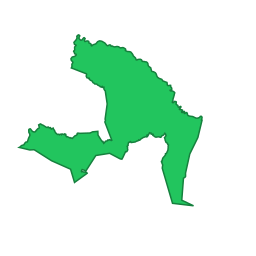 outline of Santa Rosa de Copan, Copán, Honduras, rotated 204°
{"feature_id": "27666195B67086372267843", "entity_name": "Santa Rosa de Copan", "entity_type": "district", "adm_level": 2, "iso_a3": "HND", "parent_name": "Honduras", "parent_adm1": "Copán", "projection": "robinson", "projection_center": [-88.756, 14.808], "detail": "fine", "context": "isolated", "style": "filled", "palette": "green", "viewbox_px": 256, "rotation_deg": 204, "n_neighbors": 0, "source": "geoboundaries", "source_scale": "gbopen_adm2", "svg_char_len": 5919}
<svg xmlns="http://www.w3.org/2000/svg" viewBox="0 0 256 256"><g transform="rotate(204 128 128)"><path d="M146.9,70.0L147.5,70.5L147.9,70.5L149.6,70.1L150.3,69.8L151.8,69.6L152.4,69.4L152.6,69.2L153.0,69.6L153.0,71.4L152.6,71.5L149.0,71.7L146.2,89.8L134.5,97.4L122.4,96.6L121.7,96.9L120.9,97.0L120.7,99.0L120.6,105.4L120.0,105.5L119.6,105.8L119.4,106.5L119.3,107.3L119.5,108.3L120.3,109.3L120.6,110.3L121.4,111.0L120.8,112.1L121.3,113.0L121.3,113.8L121.6,114.6L121.6,115.0L120.8,115.7L120.6,116.3L120.4,116.6L120.0,116.6L119.6,116.1L119.2,116.0L115.7,118.2L114.6,119.7L113.7,120.2L113.4,121.5L112.7,121.4L112.2,121.8L111.9,122.9L110.3,125.4L108.4,127.2L107.2,127.5L107.2,127.9L107.7,128.8L107.8,129.2L107.7,129.4L106.7,128.8L106.4,131.3L106.5,131.9L106.4,132.4L105.6,132.4L104.9,132.7L104.3,131.8L103.1,132.4L102.5,132.5L102.3,132.3L102.4,131.6L102.3,131.4L100.9,131.2L99.7,130.9L98.7,131.0L96.7,132.3L95.8,132.6L94.8,132.6L94.2,132.9L93.9,134.6L92.6,136.1L92.2,138.2L91.3,137.8L90.3,136.7L90.2,136.1L90.3,135.4L90.8,134.0L89.8,133.1L89.2,132.1L87.5,130.4L85.9,130.1L85.5,129.8L85.2,129.3L84.1,128.9L84.0,127.8L83.5,126.9L82.6,124.2L82.5,123.5L82.6,122.7L82.5,120.8L82.6,120.5L83.3,119.8L83.3,119.6L83.3,119.4L82.8,118.9L82.8,118.5L83.4,116.5L83.9,115.0L83.9,113.5L83.5,112.1L83.9,111.3L83.8,110.8L83.6,110.6L83.3,110.7L83.1,110.6L83.0,110.2L82.6,109.6L81.2,108.3L80.9,106.9L80.5,105.9L80.5,105.4L56.7,77.3L36.5,83.6L49.5,83.9L56.9,104.7L55.9,106.2L55.7,107.0L55.8,107.4L57.1,110.2L61.0,129.4L60.3,147.7L63.5,165.1L63.9,164.9L64.2,165.1L64.5,167.5L65.3,168.4L65.8,168.5L66.2,168.4L66.7,167.9L66.9,166.8L67.6,166.0L68.6,165.2L69.9,164.7L73.5,164.8L76.6,163.9L78.1,163.8L78.8,164.1L79.8,165.5L80.6,166.0L81.1,165.7L82.1,164.3L82.5,164.2L82.7,164.6L82.9,165.8L83.3,166.0L83.8,165.6L84.1,164.8L84.5,164.3L84.8,164.1L85.2,164.1L85.6,164.4L85.7,164.6L85.6,165.2L85.2,165.9L85.3,166.3L85.5,166.5L86.4,166.5L88.0,165.9L88.5,165.9L88.8,166.1L88.8,166.5L88.4,167.2L88.2,167.9L88.2,168.8L88.5,169.1L88.8,169.1L89.1,168.8L89.8,167.7L90.2,167.6L90.7,167.6L91.7,168.9L93.2,169.1L93.8,169.4L94.4,171.3L94.6,171.5L95.0,171.6L96.2,171.3L96.9,169.6L97.4,169.3L97.9,169.4L98.1,170.0L98.1,171.2L98.7,172.8L98.8,174.1L99.2,176.8L99.4,177.6L99.6,179.2L100.6,179.7L102.2,179.9L102.9,179.8L104.0,179.3L104.7,179.3L104.9,179.6L104.6,179.9L104.0,180.3L103.8,180.6L103.7,180.9L103.8,181.4L104.5,182.4L105.7,183.0L106.4,184.3L106.8,184.2L108.3,183.2L109.0,183.0L109.6,183.3L110.7,185.2L111.0,185.5L112.4,185.3L113.9,185.3L115.1,185.1L117.0,186.2L119.9,186.0L121.4,186.3L122.5,186.9L124.2,188.8L125.5,189.6L127.6,189.8L129.0,189.4L129.6,189.6L131.8,192.3L133.7,192.6L134.6,193.0L135.3,193.7L135.8,194.6L136.1,195.0L136.8,195.5L137.7,195.8L138.3,195.8L139.0,195.5L140.3,195.3L141.9,194.7L142.3,194.8L142.8,195.3L143.5,195.8L144.7,195.8L145.2,195.6L146.8,194.7L147.5,193.8L148.2,193.6L149.6,195.0L152.6,196.1L153.2,196.8L154.2,197.5L156.2,198.5L157.0,198.5L158.0,198.3L159.8,197.6L161.9,197.7L162.1,198.9L162.3,199.1L162.9,199.3L164.6,199.5L165.4,199.4L167.5,198.1L168.3,198.1L169.5,198.4L170.6,198.2L171.4,197.9L173.2,196.6L174.8,196.4L175.7,196.5L176.6,195.9L177.6,196.6L178.2,196.6L178.8,196.3L179.9,195.0L180.3,194.8L181.2,195.0L183.6,196.2L186.8,196.6L187.7,196.5L189.3,196.1L190.3,195.2L190.9,194.4L191.3,192.8L191.7,191.7L193.8,189.8L194.1,189.3L194.3,188.5L194.8,188.2L195.1,188.3L195.2,188.9L195.9,189.6L197.2,189.9L197.9,189.8L198.4,189.9L198.9,190.9L199.3,191.2L200.6,191.0L201.5,190.4L202.4,189.5L202.6,189.5L203.5,190.3L203.6,192.3L204.7,192.7L204.9,192.6L205.2,192.3L205.9,189.7L206.7,189.0L207.2,189.0L209.1,189.8L209.4,190.1L209.5,190.7L209.5,192.3L209.6,192.7L210.4,193.0L211.2,192.9L211.8,191.9L212.0,191.2L212.0,190.8L211.3,189.7L211.1,189.0L211.4,186.8L212.0,185.2L212.2,184.2L210.9,182.6L209.5,182.7L209.1,182.4L209.1,182.1L209.7,180.3L209.5,179.7L208.5,177.8L208.5,177.2L208.9,176.2L208.8,175.8L207.9,175.3L206.9,174.1L205.4,174.2L205.1,173.8L205.1,173.1L205.9,171.7L207.8,170.2L208.3,168.2L208.0,167.6L207.4,166.8L206.6,166.4L205.7,166.1L205.1,165.6L205.0,164.8L205.2,163.6L205.0,162.9L204.4,161.9L204.2,161.2L204.2,159.8L188.0,160.6L187.6,160.1L187.3,158.4L186.0,157.2L184.8,157.4L184.4,157.3L183.9,157.7L183.6,157.7L183.4,157.5L183.4,157.0L183.2,156.8L181.6,156.3L180.1,156.4L178.4,155.2L177.2,155.1L176.3,154.7L174.4,155.4L173.2,154.9L170.8,154.8L170.1,154.4L169.8,154.6L168.9,154.5L168.7,154.9L168.6,155.4L168.5,155.5L167.7,154.8L167.2,155.2L166.6,155.5L166.1,154.2L165.7,153.7L164.7,153.0L163.9,152.7L156.8,141.5L152.5,126.7L152.1,126.3L151.6,125.5L151.6,124.1L137.8,110.2L138.1,109.8L138.5,109.7L140.0,109.9L140.8,109.1L141.6,108.8L141.6,108.3L141.8,107.8L142.2,107.4L142.8,107.1L143.2,106.7L143.5,105.1L144.0,104.1L144.8,104.9L145.4,105.0L145.4,105.5L145.7,105.6L146.3,105.3L146.8,105.5L152.5,109.3L154.2,112.7L158.8,110.1L160.6,108.0L170.1,103.4L170.5,103.4L171.8,102.9L172.1,102.6L172.2,102.2L172.1,101.9L171.7,101.5L171.8,101.3L172.4,100.1L173.2,99.4L174.4,96.6L174.5,95.9L175.6,95.7L176.3,95.9L176.7,95.3L179.9,95.4L180.4,95.0L180.8,95.0L181.5,95.7L182.2,96.8L182.5,97.0L182.7,96.9L182.8,96.3L183.5,96.8L184.2,95.9L185.5,95.8L185.9,95.7L186.0,94.8L186.6,95.0L187.1,94.9L187.5,94.6L187.8,93.9L188.8,94.1L189.5,93.5L190.0,93.4L191.2,93.9L191.8,93.9L192.4,94.4L193.6,95.1L193.9,95.7L194.4,96.1L195.5,96.5L196.2,97.5L196.5,97.3L197.6,95.8L198.1,96.0L198.7,96.6L199.0,96.8L200.0,96.0L201.0,96.5L201.4,96.4L201.7,96.2L201.9,95.7L202.7,95.4L206.7,96.0L208.4,95.9L209.3,96.2L209.8,96.0L210.9,94.5L209.3,92.5L209.2,91.7L210.0,90.9L210.8,88.7L211.1,87.3L211.4,86.6L212.3,86.1L213.9,86.0L216.8,87.5L217.4,87.2L217.9,86.5L217.9,85.9L216.8,83.7L215.4,82.6L214.7,81.5L214.6,80.7L214.7,78.3L214.3,74.5L214.5,74.1L215.3,73.8L215.7,73.4L216.2,71.8L216.2,70.4L218.1,68.7L218.4,68.1L218.9,66.8L219.5,66.0L208.8,68.0L204.9,70.0L184.5,67.0L163.7,67.0L154.7,56.5L146.9,70.0Z" fill="#22c55e" stroke="#15803d" stroke-width="1.5"/></g></svg>